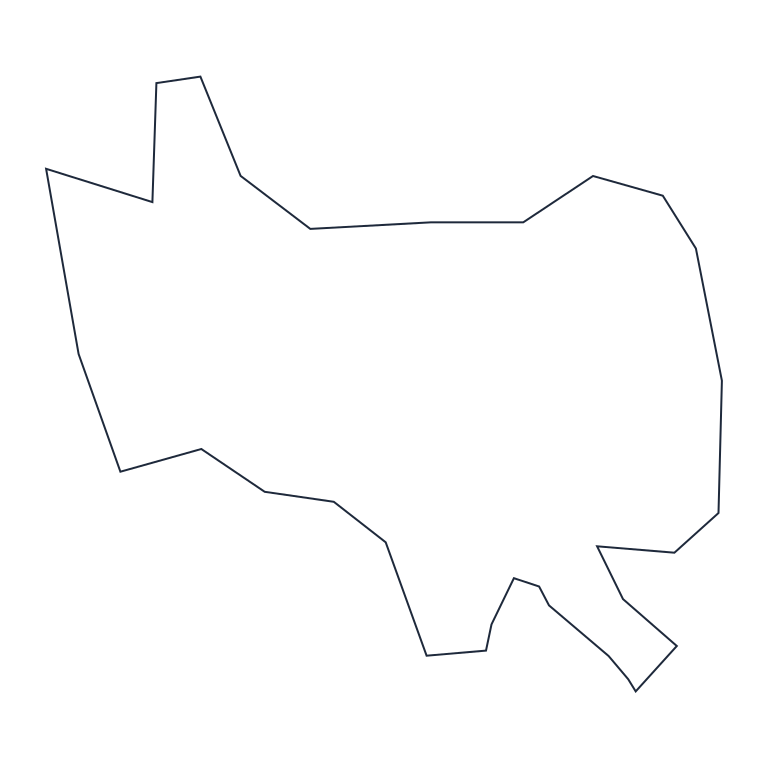 map outline of Varkavas (Albers equal-area conic projection)
{"feature_id": "LVA-5751", "entity_name": "Varkavas", "entity_type": "Municipality", "adm_level": 1, "iso_a3": "LVA", "parent_name": "Latvia", "parent_adm1": "", "projection": "albers", "projection_center": [26.518, 56.217], "detail": "fine", "context": "isolated", "style": "outline", "palette": "slate", "viewbox_px": 768, "rotation_deg": 0, "n_neighbors": 0, "source": "natural_earth", "source_scale": "10m", "svg_char_len": 519}
<svg xmlns="http://www.w3.org/2000/svg" viewBox="0 0 768 768"><path d="M426.6,655.7L385.7,542.3L333.8,501.8L264.7,491.8L201.3,449.0L120.4,471.7L78.6,354.0L46.1,168.8L152.4,202.1L156.4,83.1L200.4,76.6L240.6,175.9L310.3,228.9L431.5,222.3L523.3,222.3L593.0,176.0L662.8,195.7L695.9,248.5L721.9,380.7L718.5,513.0L674.4,552.7L597.1,546.3L623.0,599.1L676.8,646.0L635.7,691.4L628.2,679.2L608.6,656.0L549.0,605.4L539.1,586.5L513.9,578.2L491.5,624.4L486.0,650.6L426.6,655.7Z" fill="none" stroke="#1e293b" stroke-width="2"/></svg>